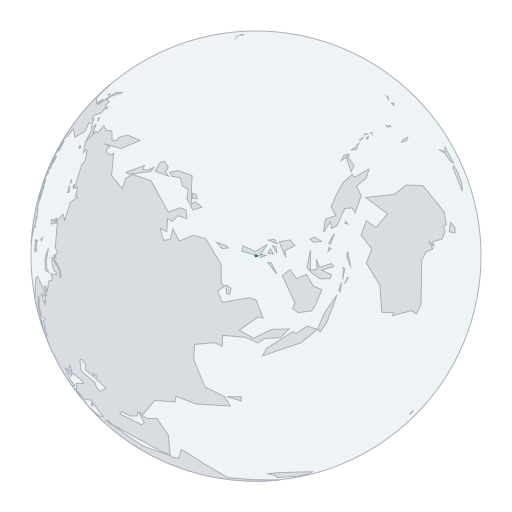 globe centered on Bataan, rotated 284°
{"feature_id": "PHL-2555", "entity_name": "Bataan", "entity_type": "Province", "adm_level": 1, "iso_a3": "PHL", "parent_name": "Philippines", "parent_adm1": "", "projection": "orthographic", "projection_center": [120.419, 14.681], "detail": "fine", "context": "on_globe", "style": "filled", "palette": "teal", "viewbox_px": 512, "rotation_deg": 284, "n_neighbors": 0, "source": "natural_earth", "source_scale": "10m", "svg_char_len": 9900}
<svg xmlns="http://www.w3.org/2000/svg" viewBox="0 0 512 512"><g transform="rotate(284 256 256)"><circle cx="256" cy="256" r="225" fill="#eef3f6" stroke="#a8b0b8"/><path d="M442.7,344.1L442.4,345.6L442.2,345.8L442.7,344.1ZM382.9,69.9L370.6,62.9L365.5,64.4L371.4,70.0L364.2,65.4L380.5,80.3L382.5,87.5L375.6,76.4L371.3,73.2L370.4,76.2L365.8,73.7L362.7,74.0L357.3,70.9L353.7,65.4L350.1,63.6L349.7,65.9L344.0,64.9L345.2,61.6L335.4,59.7L327.5,51.7L335.0,48.0L326.1,43.6L322.0,40.6L338.0,46.2L353.6,52.9L368.6,60.9L382.9,69.9ZM318.6,39.6L317.5,39.3L317.2,39.2L318.6,39.6ZM467.9,191.1L466.1,186.4L467.5,188.1L467.9,191.1ZM464.7,184.4L465.4,185.8L464.8,184.8L464.7,184.4ZM464.1,184.2L464.6,184.3L464.3,184.7L464.1,184.2ZM463.5,184.7L463.8,184.2L463.8,184.5L463.5,184.7ZM461.9,183.9L461.5,183.5L461.5,182.6L461.9,183.9ZM383.5,70.6L381.7,69.2L387.1,72.8L386.4,72.4L383.5,70.6ZM376.7,75.0L376.6,73.4L378.3,75.9L376.7,75.0ZM363.3,74.6L364.7,76.0L362.5,75.6L363.3,74.6ZM352.2,70.7L348.2,70.0L351.7,69.7L352.2,70.7ZM345.4,69.0L335.7,68.0L338.2,70.8L325.7,63.0L338.1,66.0L342.0,65.0L342.2,67.0L345.4,69.0ZM311.1,37.6L322.5,40.8L321.3,40.8L316.3,39.2L317.6,40.2L309.4,38.0L306.8,37.0L309.2,37.3L304.2,36.3L306.5,36.5L311.1,37.6ZM320.4,59.2L317.5,58.4L319.9,58.2L320.4,59.2ZM300.3,35.1L302.0,35.5L301.3,35.4L294.6,34.2L297.0,34.5L298.6,34.8L300.3,35.1ZM322.0,41.7L320.2,41.8L313.1,39.9L311.4,39.8L309.1,38.0L322.0,41.7ZM295.5,34.2L295.3,34.2L291.3,33.6L288.2,33.1L293.7,33.9L295.5,34.2ZM303.9,36.1L303.2,36.1L301.4,35.6L303.9,36.1ZM290.0,33.4L291.0,33.6L291.5,33.8L288.2,33.3L290.0,33.4ZM304.2,37.0L301.6,36.4L304.8,37.6L299.6,36.6L299.0,35.7L297.0,35.7L295.4,35.5L296.7,35.1L304.2,37.0ZM286.2,33.4L283.7,32.6L276.4,31.7L288.0,33.1L286.2,33.4ZM292.3,34.4L288.5,33.7L290.3,33.7L293.9,34.2L292.3,34.4ZM296.2,36.4L304.4,38.1L304.3,38.3L296.2,36.4ZM283.8,33.1L284.5,33.3L283.1,33.0L283.8,33.1ZM292.0,35.3L294.9,35.7L294.7,35.9L292.0,35.3ZM283.4,33.6L282.6,33.2L285.0,33.5L283.4,33.6ZM287.1,34.3L286.0,34.5L286.4,33.8L288.4,34.5L287.1,34.3ZM291.3,35.3L292.1,35.6L290.1,35.1L291.3,35.3ZM274.6,33.3L274.4,32.4L279.9,32.7L279.2,33.5L274.6,33.3ZM68.0,131.9L69.0,130.4L62.7,142.9L63.2,146.7L76.2,130.5L75.5,123.7L82.6,114.2L88.9,112.4L90.5,119.8L93.4,116.4L98.3,105.6L104.9,101.8L100.8,101.6L97.9,105.8L95.2,106.1L97.7,102.5L99.9,101.0L101.2,97.9L90.3,106.5L86.2,111.7L85.7,109.3L78.7,117.8L76.4,120.3L87.2,106.9L90.9,102.9L100.1,93.4L117.7,78.2L136.8,64.9L142.5,61.5L142.9,61.4L136.6,65.0L131.2,68.5L127.2,72.5L129.0,71.9L136.1,67.7L134.1,69.8L141.5,65.2L143.5,66.6L147.2,61.5L155.6,57.5L161.6,56.2L165.0,54.3L155.3,56.6L150.9,58.5L145.9,61.4L134.4,67.1L133.9,67.0L148.5,58.3L149.4,57.6L160.4,52.1L179.8,47.6L183.4,49.0L171.1,58.8L165.3,60.1L166.8,57.0L157.4,63.3L162.0,61.1L160.3,63.2L167.9,60.8L167.2,62.2L175.8,57.8L175.7,59.4L170.2,62.1L181.4,60.9L183.4,64.0L186.4,63.1L188.9,61.3L189.8,67.0L191.9,66.1L192.5,63.9L197.0,60.9L205.3,58.2L205.2,60.2L202.1,61.5L195.6,67.8L187.6,71.4L188.4,72.1L195.3,69.5L203.3,61.7L208.4,59.5L205.4,63.0L206.9,61.6L209.3,61.2L211.7,62.9L215.3,59.2L242.7,54.8L250.0,58.6L244.3,61.6L263.3,63.0L270.0,68.7L270.4,66.4L279.8,66.4L277.9,64.6L278.8,63.6L302.0,64.7L307.4,67.2L317.9,66.5L318.2,65.6L314.8,63.6L325.7,63.0L338.2,70.8L337.0,72.5L345.6,76.8L341.7,80.4L342.5,85.9L333.3,88.4L334.7,93.2L337.9,94.4L342.3,102.3L340.1,115.5L327.7,99.2L328.2,81.5L326.8,87.8L322.9,85.0L319.8,86.6L319.1,91.6L321.6,93.0L299.0,96.4L289.0,110.0L300.0,110.8L305.3,116.4L303.6,136.0L277.4,160.2L284.4,170.7L283.8,176.9L275.6,179.8L276.2,170.5L269.3,166.3L270.8,161.1L257.9,163.6L259.6,156.3L248.8,162.5L251.3,168.8L262.0,168.8L251.9,178.1L261.0,190.1L260.4,203.2L239.6,224.1L220.9,228.9L219.4,233.0L212.9,227.3L202.8,234.4L213.9,259.9L213.1,266.8L197.4,277.9L197.3,272.7L179.9,257.6L175.6,273.6L188.7,289.2L193.2,305.9L182.6,299.4L178.2,284.7L172.1,278.9L174.5,264.8L170.9,242.7L160.3,245.0L161.9,236.6L155.3,217.7L140.5,220.5L116.5,238.3L111.9,259.5L104.2,267.2L97.9,233.5L100.6,212.4L94.9,212.7L91.3,192.7L75.2,184.7L75.9,178.9L72.2,179.9L70.2,172.3L72.6,163.2L69.9,162.0L64.4,186.3L67.6,187.8L74.5,181.5L72.0,189.7L74.4,199.2L60.8,214.4L41.9,220.9L45.2,204.7L57.7,157.2L60.3,153.1L60.5,152.6L61.0,151.6L56.8,158.0L60.7,149.3L48.4,180.3L44.1,193.1L41.5,221.7L40.5,223.6L41.2,230.3L49.9,230.3L48.8,235.5L41.5,256.9L34.1,282.5L38.1,306.5L42.6,325.7L44.1,332.6L39.2,317.2L35.4,301.6L32.7,285.7L31.1,269.6L30.7,253.5L31.5,237.4L33.4,221.4L36.4,205.6L40.6,190.0L45.9,174.8L52.2,160.0L59.6,145.6L68.0,131.9ZM90.7,103.0L87.6,106.4L88.6,105.3L90.7,103.0ZM87.0,137.7L91.4,142.4L98.6,129.9L100.9,130.9L102.5,126.6L99.1,129.0L104.4,117.8L109.6,116.7L113.8,112.0L112.5,110.3L102.0,114.3L94.4,130.1L89.5,133.5L87.0,137.7ZM287.6,32.9L286.8,32.8L283.8,32.4L283.9,32.5L287.6,32.9ZM254.7,30.7L255.0,30.7L264.4,30.9L266.4,31.1L262.2,31.0L267.1,31.3L260.4,31.3L261.7,31.6L256.4,32.3L247.5,32.4L249.6,32.7L245.7,33.7L238.2,34.2L241.8,33.2L230.9,34.7L231.5,33.8L230.2,34.0L227.8,33.7L222.6,34.0L224.0,33.6L221.4,33.9L219.7,34.0L216.6,34.4L218.0,34.0L214.2,34.6L217.0,34.1L216.8,34.2L235.7,31.6L254.7,30.7ZM272.8,33.4L262.1,33.0L257.1,32.6L268.4,31.8L268.2,31.5L275.3,31.6L282.3,32.5L279.6,32.3L278.7,32.4L276.8,32.1L277.6,32.4L273.9,32.3L273.5,32.6L270.1,32.3L272.8,33.4ZM136.6,65.1L134.8,66.3L132.7,67.6L136.6,65.1ZM206.0,40.8L208.8,39.8L209.9,39.8L218.0,38.1L218.1,39.1L213.4,40.4L206.0,40.8ZM73.5,132.3L70.7,134.4L71.8,132.2L72.5,131.9L73.5,132.3ZM74.3,123.4L72.0,127.5L73.4,124.5L74.3,123.4ZM207.5,41.6L210.8,40.7L208.8,41.8L207.5,41.6ZM218.7,39.7L217.2,40.8L219.1,39.0L218.7,39.7ZM139.5,443.0L144.2,445.9L141.9,445.3L139.5,443.0ZM51.8,332.1L60.3,362.8L57.6,360.2L52.4,349.6L46.1,330.1L47.8,327.3L47.4,319.4L51.8,332.1ZM250.4,348.5L257.4,350.0L257.1,350.9L250.4,348.5ZM243.0,344.4L251.0,345.4L241.7,346.5L243.0,344.4ZM254.1,345.8L262.2,344.5L265.7,343.2L265.1,345.2L254.1,345.8ZM237.7,344.0L209.1,340.8L197.9,336.7L200.4,333.4L218.4,336.5L237.7,344.0ZM199.5,333.2L182.7,320.6L160.8,286.6L168.6,288.4L191.7,310.3L190.2,313.3L200.4,322.9L199.5,333.2ZM240.8,318.6L239.3,328.0L223.3,325.6L216.2,323.3L211.2,310.4L214.0,304.4L219.8,305.3L243.2,286.3L251.2,292.3L243.8,300.6L250.4,309.6L240.8,318.6ZM112.5,261.7L115.8,275.6L111.8,276.8L112.5,261.7ZM253.2,272.2L243.4,280.7L252.5,269.0L253.2,272.2ZM258.9,260.9L259.2,265.7L255.6,260.8L258.9,260.9ZM218.6,239.5L212.4,239.8L212.6,236.5L220.6,234.1L218.6,239.5ZM259.8,214.5L258.7,224.2L257.2,227.4L254.9,221.2L259.8,214.5ZM213.6,52.7L202.2,53.5L194.2,55.6L189.8,58.9L191.1,55.1L203.5,51.7L213.6,52.7ZM239.1,54.1L242.9,51.9L244.6,53.1L243.9,53.8L239.1,54.1ZM239.1,52.5L237.5,49.5L241.8,48.5L242.2,51.0L239.1,52.5ZM222.0,44.3L218.7,44.3L220.3,43.3L222.0,44.3ZM389.5,425.6L391.6,426.3L385.2,432.0L376.4,438.0L368.6,440.7L389.5,425.6ZM326.6,443.5L326.3,437.6L335.6,436.8L331.8,442.1L326.6,443.5ZM395.5,420.9L401.3,414.8L403.6,407.9L402.8,413.9L407.3,413.1L393.5,425.5L395.5,420.9ZM292.3,417.7L248.3,427.9L238.5,425.5L240.7,420.3L231.1,402.8L234.2,403.4L231.8,391.7L257.6,383.2L276.0,364.7L290.8,366.7L301.7,352.9L317.0,354.5L312.6,365.6L328.7,373.5L339.3,348.3L349.3,375.3L361.1,384.6L364.7,400.8L344.3,427.9L332.4,433.1L330.0,430.8L325.1,433.5L317.3,432.4L312.8,423.9L308.0,426.5L312.5,420.1L305.6,425.8L301.4,420.2L292.3,417.7ZM401.9,369.7L404.2,370.3L407.8,374.5L404.2,374.0L401.9,369.7ZM436.8,350.6L437.8,352.5L435.4,353.5L436.8,350.6ZM442.2,345.8L439.4,347.2L442.7,344.1L442.2,345.8ZM413.9,353.3L415.1,354.8L414.1,355.5L413.9,353.3ZM413.0,352.8L414.4,350.0L414.2,352.7L413.0,352.8ZM402.0,339.1L403.4,337.6L404.0,338.6L402.0,339.1ZM267.8,350.8L277.5,344.2L282.8,343.9L267.8,350.8ZM399.9,336.2L396.4,336.1L396.8,334.6L399.9,336.2ZM400.2,332.8L399.8,330.7L402.0,335.4L400.2,332.8ZM393.4,328.4L397.7,331.9L392.9,328.9L393.4,328.4ZM390.8,329.0L387.7,327.5L387.9,326.9L390.8,329.0ZM356.0,332.2L367.6,344.5L358.4,344.2L348.0,336.5L340.0,343.5L321.9,341.8L326.0,337.5L323.5,330.7L304.9,327.2L301.1,322.6L307.7,319.9L295.5,315.8L308.8,314.5L314.4,323.8L321.9,317.0L335.1,319.3L348.0,322.6L358.5,329.6L356.0,332.2ZM309.0,334.5L311.3,334.6L309.3,337.2L309.0,334.5ZM381.8,322.6L386.3,326.9L385.8,328.1L383.6,327.4L381.8,322.6ZM360.9,328.0L372.1,320.6L374.8,320.7L367.4,329.2L360.9,328.0ZM369.3,315.7L374.6,316.8L377.4,321.0L376.3,322.1L369.3,315.7ZM281.8,324.5L281.3,327.0L277.8,324.8L281.8,324.5ZM286.2,323.3L296.6,326.7L285.3,325.4L286.2,323.3ZM255.1,312.2L258.0,318.4L267.5,315.4L260.3,320.3L266.8,330.6L264.6,334.2L258.2,323.0L256.0,333.8L251.9,333.3L249.5,323.7L253.7,312.5L257.8,308.1L274.9,307.5L255.1,312.2ZM286.1,316.0L283.4,308.8L285.4,304.3L288.4,308.2L286.1,316.0ZM275.5,291.4L268.4,282.8L261.9,285.3L275.3,275.1L279.8,285.1L275.5,291.4ZM269.8,273.2L263.6,275.5L270.1,269.4L269.8,273.2ZM262.1,272.6L261.6,266.9L266.4,268.1L262.1,272.6ZM272.9,273.7L274.4,264.2L276.7,270.0L272.9,273.7ZM260.1,254.2L270.0,264.3L256.8,259.2L257.1,241.0L262.8,241.1L260.1,254.2ZM297.3,185.1L296.4,180.1L301.8,179.5L300.9,183.1L297.3,185.1ZM318.5,174.5L302.9,177.7L290.3,181.1L293.9,183.7L290.4,191.8L285.4,183.5L294.8,175.1L304.2,174.2L306.3,167.5L313.6,163.6L313.0,155.2L316.4,152.0L319.9,159.5L318.5,174.5ZM312.4,151.7L313.9,137.6L323.8,140.6L325.7,144.3L320.8,149.3L315.9,147.4L312.4,151.7ZM317.2,135.3L312.5,133.5L304.8,113.1L305.7,109.7L316.7,125.8L312.8,125.1L313.0,129.9L317.2,135.3ZM318.1,59.5L317.6,58.5L319.8,59.6L318.1,59.5ZM277.5,62.6L279.1,61.4L281.6,62.5L277.5,62.6ZM285.0,59.0L281.0,58.5L285.3,58.1L285.0,59.0ZM272.1,57.8L279.4,57.9L272.3,59.2L272.1,57.8Z" fill="#d9dde1" stroke="#a8b0b8" stroke-width="1"/><path d="M256.5,255.4L256.5,255.6L256.4,255.8L256.5,255.9L256.6,256.1L256.7,256.5L256.6,256.8L256.4,257.0L256.3,256.9L256.3,257.0L256.2,257.0L256.0,256.9L255.9,256.9L255.8,256.7L255.9,256.4L255.8,256.2L255.6,256.1L255.4,255.9L255.4,255.7L255.5,255.5L255.6,255.4L255.8,255.3L256.0,255.3L256.1,255.2L256.3,255.3L256.5,255.4Z" fill="#14b8a6" stroke="#0f766e" stroke-width="1.5"/></g></svg>